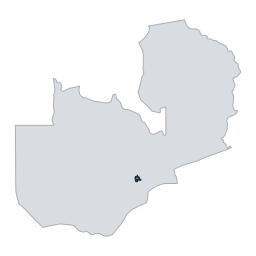 location of Lusaka, Lusaka, Zambia
{"feature_id": "96606910B10621059217070", "entity_name": "Lusaka", "entity_type": "district", "adm_level": 2, "iso_a3": "ZMB", "parent_name": "Zambia", "parent_adm1": "Lusaka", "projection": "robinson", "projection_center": [28.258, -15.427], "detail": "fine", "context": "in_parent", "style": "filled", "palette": "slate", "viewbox_px": 256, "rotation_deg": 0, "n_neighbors": 0, "source": "geoboundaries", "source_scale": "gbopen_adm2", "svg_char_len": 4452}
<svg xmlns="http://www.w3.org/2000/svg" viewBox="0 0 256 256"><path d="M177.3,183.5L164.5,183.5L159.9,184.7L156.1,186.4L151.5,189.2L148.9,191.1L148.1,192.1L147.8,194.5L147.8,198.1L147.3,200.7L145.9,203.0L139.0,205.9L134.5,208.3L130.1,211.0L126.7,214.6L124.4,219.1L120.6,224.6L112.6,234.4L108.0,236.2L104.2,235.8L99.5,233.7L95.8,233.4L93.0,234.6L90.5,234.2L88.2,232.2L86.2,231.4L84.6,232.0L82.6,231.9L78.9,230.8L75.7,227.3L74.0,225.8L72.6,225.3L68.8,224.7L60.0,223.9L51.0,225.6L43.0,227.4L34.8,219.6L26.9,211.3L25.2,209.3L22.2,206.5L20.1,205.1L19.2,204.5L17.0,197.1L15.8,190.4L15.4,125.4L51.3,125.4L53.6,125.2L53.7,124.5L52.0,121.0L52.1,119.8L52.5,117.4L54.1,112.7L54.2,111.1L53.4,106.0L53.5,103.2L53.9,97.4L53.6,95.4L54.4,92.8L54.7,91.1L55.0,90.4L54.6,88.4L53.9,81.5L53.4,78.6L55.6,79.1L56.3,80.5L56.7,82.0L57.7,82.1L60.3,83.0L61.2,84.3L61.8,87.1L61.4,88.5L60.6,89.6L61.4,90.6L63.1,91.3L64.2,91.1L67.0,89.2L69.7,88.5L71.1,88.0L77.0,86.8L78.2,86.1L79.0,86.1L79.6,86.7L79.1,88.6L78.9,90.4L79.6,93.6L80.2,95.2L81.4,96.3L82.3,96.8L83.3,98.0L85.4,97.8L90.0,99.5L91.3,100.3L93.3,101.0L94.6,101.3L99.3,101.9L104.3,102.8L106.8,102.9L108.6,102.7L109.9,102.2L110.7,101.7L111.1,101.2L112.9,95.0L113.9,94.5L115.1,94.2L115.8,94.8L116.6,98.7L120.2,102.2L121.4,105.2L122.3,107.7L123.1,108.4L124.5,109.3L126.6,109.6L128.6,109.7L138.2,114.0L139.3,114.8L140.5,117.1L141.2,119.8L141.9,121.8L143.2,122.2L144.3,122.4L145.4,123.8L146.2,125.0L149.1,130.1L149.5,132.2L150.9,133.5L152.7,134.1L154.5,134.2L155.5,133.6L157.9,132.5L159.8,131.3L161.3,130.9L162.1,131.1L162.7,132.0L163.1,134.5L164.5,135.4L165.5,135.0L165.9,134.0L165.9,133.5L165.9,106.9L165.0,107.0L163.9,107.8L161.4,107.9L160.4,108.5L160.1,109.3L160.3,110.4L160.3,111.9L160.0,112.6L158.8,112.9L157.2,112.3L154.3,111.6L151.8,111.1L150.1,109.1L147.7,106.1L146.2,104.6L142.4,101.4L141.8,100.8L140.6,99.3L139.6,96.8L138.7,93.9L138.2,92.1L139.1,89.3L141.3,80.0L141.8,77.1L143.6,74.2L143.8,71.6L143.0,68.2L143.2,66.4L143.5,55.8L143.0,52.4L141.8,48.7L139.0,43.6L139.1,42.5L143.2,39.1L144.5,37.8L146.6,35.1L148.1,32.8L149.1,30.9L149.4,28.5L148.7,26.2L150.1,25.8L184.5,19.8L185.0,21.4L186.1,24.0L187.2,26.0L188.7,27.6L190.0,28.7L190.8,29.0L196.1,28.9L198.0,29.9L199.7,31.2L200.1,33.2L201.2,34.5L202.3,35.5L202.8,35.6L203.7,35.4L205.1,35.4L206.4,35.8L207.1,36.2L207.1,37.9L207.5,38.7L209.3,39.0L211.2,39.1L212.9,40.3L214.8,40.5L217.0,41.0L218.1,42.2L220.4,43.5L223.3,44.6L226.4,46.5L226.5,47.1L227.0,48.2L227.6,48.9L227.6,50.1L227.9,51.2L228.7,51.5L229.3,51.5L230.0,50.8L230.8,50.8L231.7,51.3L232.0,52.5L232.8,54.2L233.9,55.4L234.7,56.5L234.4,58.5L233.9,60.3L235.5,62.1L237.6,63.9L238.1,64.6L238.3,67.2L238.6,68.1L240.0,70.2L240.6,71.6L240.6,72.5L236.8,76.7L234.5,77.4L233.5,78.2L232.9,79.1L234.3,83.3L235.1,84.9L234.5,86.9L233.0,90.3L232.3,90.6L232.1,93.2L232.6,94.2L233.3,94.9L233.6,96.6L233.5,101.0L232.6,105.9L234.2,110.2L234.8,110.7L237.2,110.7L237.6,111.1L237.0,112.3L235.3,114.2L232.4,115.7L228.1,117.3L227.2,118.9L226.6,121.1L227.1,122.4L227.6,123.2L227.4,125.2L227.1,127.3L227.2,128.9L227.0,130.4L226.4,131.1L225.7,133.3L224.7,135.5L224.0,136.5L222.9,137.5L221.2,138.4L221.2,138.8L223.2,139.8L223.7,140.5L223.8,141.0L223.0,142.1L223.9,142.8L225.0,143.4L226.0,144.8L227.2,147.6L227.4,147.9L227.7,147.9L228.3,147.6L229.5,146.5L230.4,146.1L231.4,147.7L213.5,154.5L209.3,155.9L203.0,158.3L201.0,159.2L199.4,160.1L182.7,165.4L180.1,166.4L174.2,169.2L174.0,169.6L174.1,170.8L174.6,173.4L175.6,175.7L176.5,177.1L177.0,180.5L177.3,183.5Z" fill="#d9dde1" stroke="#a8b0b8" stroke-width="1"/><path d="M135.7,176.7L135.6,176.8L135.4,177.4L135.3,177.7L135.3,177.8L135.2,178.4L135.3,178.6L135.4,178.8L135.5,179.2L135.5,179.3L135.7,179.7L135.7,179.9L135.7,180.0L135.8,180.4L135.9,180.6L135.6,180.8L135.7,181.0L135.8,181.0L135.9,181.3L135.9,181.2L136.0,181.2L136.2,181.4L136.4,181.3L136.5,181.2L136.6,181.3L136.8,181.4L136.9,181.2L137.0,181.2L137.3,181.2L137.3,180.8L137.3,180.1L137.3,179.9L137.5,179.8L137.7,180.0L137.8,180.1L137.9,179.9L138.3,179.8L138.6,179.8L139.4,179.9L139.5,180.0L140.0,180.1L140.5,180.1L140.7,179.7L140.0,179.4L139.5,179.2L139.4,178.8L139.4,178.7L139.3,178.4L139.3,178.2L139.3,177.9L139.1,177.7L139.1,177.4L138.7,177.2L138.6,177.3L137.9,177.0L138.0,176.9L137.9,176.8L137.9,176.7L137.7,176.4L137.3,176.4L137.3,176.0L137.2,176.1L137.0,176.3L136.9,176.3L136.6,176.4L136.6,176.8L136.3,176.9L136.2,176.9L135.9,176.8L135.8,176.7L135.7,176.7L135.7,176.7Z" fill="#64748b" stroke="#1e293b" stroke-width="1.5"/></svg>